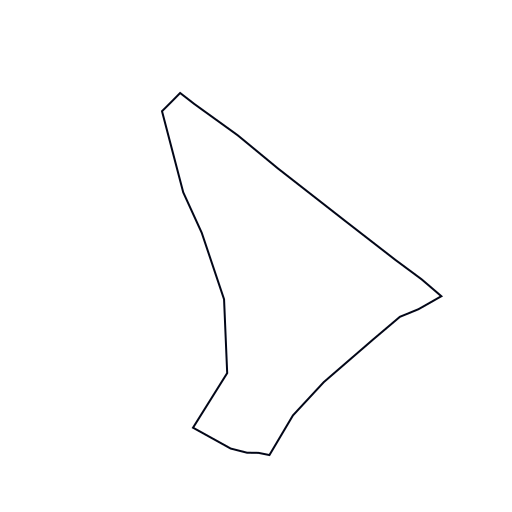 Santiago Tepetlapa, Oaxaca, Mexico, rotated 330°
{"feature_id": "50627088B27053474017051", "entity_name": "Santiago Tepetlapa", "entity_type": "district", "adm_level": 2, "iso_a3": "MEX", "parent_name": "Mexico", "parent_adm1": "Oaxaca", "projection": "robinson", "projection_center": [-97.399, 17.797], "detail": "fine", "context": "isolated", "style": "outline", "palette": "ink", "viewbox_px": 512, "rotation_deg": 330, "n_neighbors": 0, "source": "geoboundaries", "source_scale": "gbopen_adm2", "svg_char_len": 462}
<svg xmlns="http://www.w3.org/2000/svg" viewBox="0 0 512 512"><g transform="rotate(330 256 256)"><path d="M159.7,427.7L168.1,435.1L208.3,412.5L251.7,399.1L315.4,386.9L350.2,380.6L370.0,383.3L396.4,383.5L387.8,359.1L374.8,329.2L350.8,270.4L318.7,191.0L300.5,142.3L278.7,93.8L271.8,76.9L258.7,80.5L247.0,83.6L224.8,164.5L220.6,208.8L206.7,277.5L172.5,343.0L115.6,373.2L137.8,410.1L149.9,421.9L159.7,427.7Z" fill="none" stroke="#020617" stroke-width="2"/></g></svg>